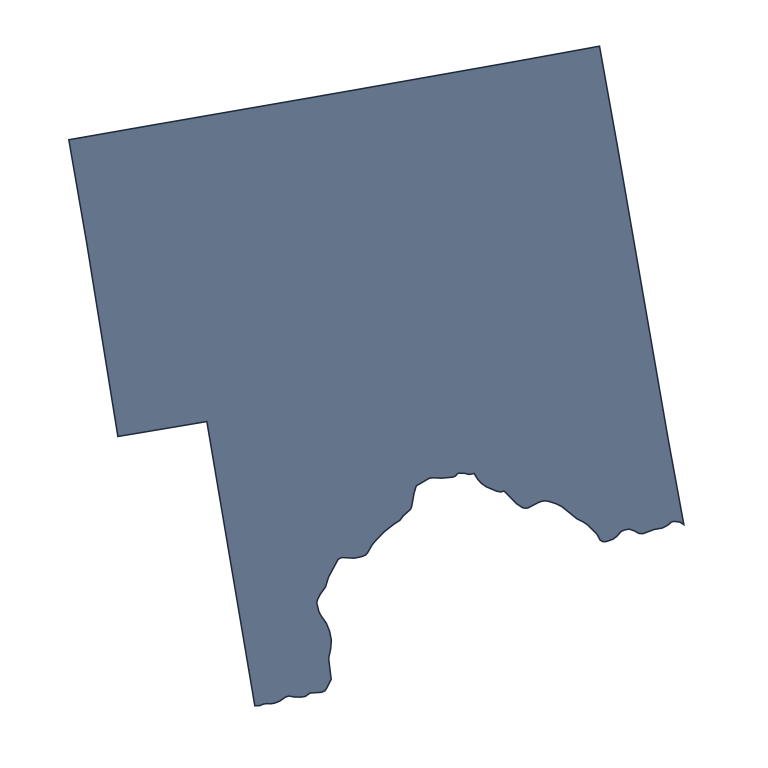 Polk, Wisconsin, United States of America (Equal Earth projection), rotated 260°
{"feature_id": "52423323B37723484890273", "entity_name": "Polk", "entity_type": "district", "adm_level": 2, "iso_a3": "USA", "parent_name": "United States of America", "parent_adm1": "Wisconsin", "projection": "equal_earth", "projection_center": [-92.71, 45.469], "detail": "fine", "context": "isolated", "style": "filled", "palette": "slate", "viewbox_px": 768, "rotation_deg": 260, "n_neighbors": 0, "source": "geoboundaries", "source_scale": "gbopen_adm2", "svg_char_len": 1511}
<svg xmlns="http://www.w3.org/2000/svg" viewBox="0 0 768 768"><g transform="rotate(260 384 384)"><path d="M203.4,564.6L199.2,567.6L192.8,569.7L191.0,571.7L190.3,573.8L190.3,576.0L191.3,582.4L193.4,586.6L197.7,592.1L198.5,595.9L198.5,600.3L195.6,605.5L192.6,609.0L191.6,613.0L193.8,624.8L193.8,632.9L195.2,637.7L196.7,640.9L198.1,642.9L198.4,645.4L196.6,651.5L193.4,654.9L279.4,654.3L576.3,655.2L679.3,654.9L678.8,565.6L678.7,385.3L679.2,205.5L679.3,116.0L575.1,115.7L378.5,112.8L377.8,203.0L89.5,200.9L88.8,206.2L89.6,208.6L89.7,212.1L88.7,217.3L88.7,220.9L89.8,226.3L92.8,232.6L93.2,236.3L91.2,241.7L90.0,248.3L90.0,252.2L92.5,257.5L91.2,269.0L92.1,272.5L94.2,274.6L102.3,280.7L122.2,281.8L124.3,282.2L132.1,285.4L140.8,287.7L149.9,287.5L158.4,285.7L167.6,281.4L171.1,280.4L179.0,279.8L181.0,280.0L183.6,281.4L188.2,284.9L194.3,291.2L203.5,295.9L219.2,308.3L220.2,310.9L220.3,312.9L217.6,324.5L217.8,331.6L218.7,336.1L220.6,338.5L227.5,344.3L230.6,347.8L238.4,358.5L244.1,369.1L247.0,376.0L250.9,380.2L256.1,388.5L258.6,390.0L271.5,394.8L277.7,397.9L278.3,398.7L283.3,412.2L283.1,416.1L281.2,424.7L280.3,435.7L281.0,438.5L283.0,440.8L283.2,441.9L282.0,447.9L280.1,452.2L280.2,457.2L273.7,459.8L269.2,462.7L264.8,467.1L260.6,473.6L258.8,476.4L257.3,480.6L257.8,483.3L257.0,484.2L243.0,493.8L238.0,499.1L237.2,501.3L236.9,504.1L240.6,515.9L241.1,519.1L241.0,522.2L240.2,525.0L236.3,532.5L232.2,538.0L217.8,550.5L213.9,555.8L210.2,559.8L203.4,564.6Z" fill="#64748b" stroke="#1e293b" stroke-width="1.5"/></g></svg>